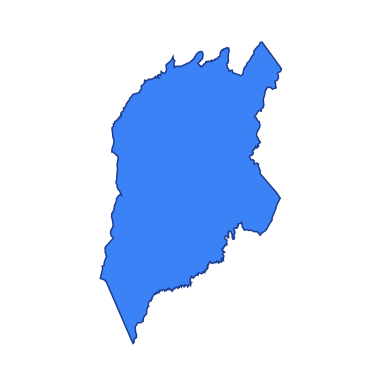 Tano North Municipal, Brong Ahafo, Ghana (Equal Earth projection), rotated 188°
{"feature_id": "2480657B68079094729511", "entity_name": "Tano North Municipal", "entity_type": "district", "adm_level": 2, "iso_a3": "GHA", "parent_name": "Ghana", "parent_adm1": "Brong Ahafo", "projection": "equal_earth", "projection_center": [-2.195, 7.195], "detail": "fine", "context": "isolated", "style": "filled", "palette": "blue", "viewbox_px": 384, "rotation_deg": 188, "n_neighbors": 0, "source": "geoboundaries", "source_scale": "gbopen_adm2", "svg_char_len": 6077}
<svg xmlns="http://www.w3.org/2000/svg" viewBox="0 0 384 384"><g transform="rotate(188 192 192)"><path d="M270.8,93.7L266.4,92.7L264.2,90.8L229.4,33.8L228.4,35.0L228.9,37.9L226.7,40.4L227.1,40.9L226.9,42.1L227.5,44.0L228.3,45.0L229.5,50.9L228.4,52.4L227.5,55.2L225.0,55.2L222.4,57.2L222.6,60.7L220.9,64.1L220.1,64.7L220.4,70.6L218.9,72.9L219.7,74.0L219.6,76.7L218.8,77.9L217.3,78.5L217.6,79.2L217.0,80.0L217.1,80.7L216.7,80.8L216.8,82.0L214.6,86.5L214.1,86.0L213.6,86.8L213.6,86.2L212.4,87.2L211.9,87.0L211.2,89.3L210.5,89.6L210.3,89.0L210.0,90.1L209.4,89.8L208.3,90.4L208.5,91.0L208.0,90.5L207.9,91.2L206.1,91.3L205.5,90.5L205.1,90.8L205.1,90.3L203.8,91.4L203.5,91.1L203.1,92.3L202.6,92.2L202.9,92.5L201.9,93.4L200.8,92.8L200.3,93.2L199.1,91.7L198.1,91.5L198.2,92.1L197.6,92.2L197.5,91.6L196.4,93.7L195.4,94.0L195.6,94.6L195.0,95.2L193.4,95.7L193.4,95.1L192.7,94.7L192.6,95.8L191.8,95.4L191.3,95.8L191.4,96.5L190.8,96.5L190.3,97.6L189.5,96.8L189.6,97.5L189.3,97.8L189.0,97.3L188.5,98.1L187.0,97.8L186.8,98.2L186.6,97.4L186.2,97.9L186.5,98.2L185.8,98.5L185.9,97.8L184.9,98.9L183.0,98.4L182.9,97.7L182.4,98.4L182.4,99.4L181.3,100.2L180.5,99.4L180.6,100.1L180.2,100.7L181.2,102.4L180.5,102.6L181.5,103.0L181.3,104.5L181.7,105.5L180.9,106.7L180.9,108.3L178.8,106.9L176.6,110.2L175.4,110.4L175.1,111.3L174.4,110.8L174.3,112.6L173.9,113.0L171.1,112.4L169.8,113.6L169.9,114.3L169.1,114.2L169.3,114.6L168.2,115.6L168.0,115.2L167.9,116.3L167.5,116.1L166.7,117.8L166.3,117.8L166.3,118.2L166.8,118.1L166.6,118.6L165.8,118.9L165.8,120.1L166.4,120.1L166.3,120.9L166.6,120.9L166.2,122.2L165.5,122.4L165.0,125.1L164.5,125.5L163.9,124.6L163.4,125.0L162.6,124.3L161.3,124.2L160.7,125.2L158.5,125.3L158.0,127.0L157.4,127.1L156.3,125.8L155.8,126.5L155.4,125.7L154.7,126.9L153.5,126.8L153.8,127.6L152.7,127.9L153.3,128.6L152.7,128.3L153.0,129.0L152.5,128.7L152.0,129.8L151.5,129.3L151.8,131.0L152.3,130.9L151.5,131.7L151.8,133.7L152.9,134.0L153.1,134.7L152.5,136.3L151.3,136.9L152.3,137.7L152.6,137.4L153.1,138.2L154.1,138.3L154.6,139.5L153.1,140.4L153.1,141.9L152.0,142.5L152.1,144.1L150.1,144.5L150.6,145.4L150.3,145.8L150.9,146.3L150.6,149.0L153.1,150.6L153.5,152.0L152.4,153.4L151.0,153.1L150.5,151.7L149.3,151.9L150.4,155.7L149.8,156.2L150.7,157.3L148.7,158.6L147.9,158.1L147.0,156.4L146.3,156.3L146.2,153.8L145.3,151.2L144.0,150.9L143.5,153.0L144.7,154.6L143.9,156.4L143.9,158.0L144.5,160.0L145.2,160.2L145.7,161.3L145.0,162.5L142.5,162.3L142.0,163.3L142.5,164.0L141.5,164.9L141.9,166.9L140.2,167.3L138.5,168.8L137.1,164.0L135.5,162.7L135.0,161.5L132.3,162.5L130.5,161.8L128.0,162.4L125.2,161.4L121.8,161.7L118.5,158.7L117.0,161.4L114.4,163.4L112.6,165.9L111.8,168.9L108.8,175.5L109.1,177.6L106.7,187.1L106.3,191.0L103.8,198.2L108.4,203.3L127.0,219.6L127.5,222.7L130.3,227.6L130.0,228.9L132.0,229.7L134.2,228.4L134.6,229.5L134.5,230.8L135.0,231.6L136.1,232.4L137.9,232.0L140.0,234.6L139.6,235.9L138.1,236.6L136.7,238.2L136.9,239.4L137.7,239.8L137.3,240.4L137.7,241.9L136.1,243.0L136.1,244.3L135.6,245.2L135.3,245.0L135.2,246.2L133.6,245.4L133.6,245.0L132.8,245.8L132.5,246.9L133.2,246.9L132.8,247.5L133.5,248.4L131.2,250.6L132.5,252.3L133.5,252.5L133.6,253.9L135.9,256.6L136.2,259.7L134.0,265.5L134.1,268.2L135.4,271.2L136.1,271.1L137.6,272.4L138.7,274.4L140.0,274.4L140.5,276.0L139.7,276.6L137.3,282.0L134.7,281.8L134.8,284.3L133.3,285.5L132.9,287.6L134.3,293.6L133.5,299.4L133.6,302.4L132.8,303.6L132.8,304.4L131.3,306.5L128.7,306.3L126.4,305.0L124.0,306.7L123.4,306.5L123.3,307.7L124.1,308.9L124.2,310.5L125.4,313.3L123.4,314.2L122.3,316.7L122.6,319.3L123.9,321.1L123.1,322.5L121.8,323.1L120.9,324.2L120.5,326.4L143.5,350.2L145.1,349.8L146.2,346.0L147.4,345.1L150.3,340.3L150.0,337.5L152.1,333.7L153.2,330.0L154.7,328.4L155.7,326.1L155.7,325.0L157.6,322.0L158.1,316.4L158.4,315.3L159.7,314.2L160.5,313.8L161.8,314.6L167.5,315.6L168.5,316.3L169.0,318.2L172.3,317.0L172.5,318.3L174.7,320.7L174.7,321.7L175.6,324.1L174.3,325.0L174.1,327.1L174.6,328.1L175.2,334.3L174.8,337.2L175.9,339.8L177.4,339.2L178.2,339.7L178.9,338.2L180.3,338.3L180.8,337.3L181.6,337.2L181.6,336.3L182.3,336.4L183.3,334.3L183.3,330.2L184.8,329.2L184.8,328.5L185.7,327.7L187.1,326.9L187.1,326.4L187.6,326.8L188.5,325.2L189.9,325.2L190.2,324.6L190.5,324.9L190.6,324.0L191.5,324.7L192.9,323.5L194.1,323.8L194.6,323.0L195.6,323.4L195.9,322.6L196.4,322.7L196.8,321.0L198.1,320.3L199.2,317.9L199.6,318.1L200.3,317.1L201.2,317.3L201.2,318.0L204.1,320.0L200.1,325.7L200.2,329.8L200.8,331.3L202.0,332.5L204.4,331.8L206.6,329.4L208.6,324.7L210.4,322.0L211.7,321.2L212.1,319.8L214.1,319.0L220.9,314.5L221.6,314.8L225.5,314.2L226.9,312.9L227.8,317.4L227.3,318.8L227.4,319.8L229.0,321.0L229.6,323.4L231.0,319.2L235.3,314.4L235.3,313.2L234.2,310.1L234.4,308.3L235.3,305.9L237.2,305.8L239.3,307.0L239.0,304.9L240.0,303.4L239.6,303.1L240.9,303.0L241.1,303.6L242.2,302.7L241.9,301.1L240.9,300.4L243.5,300.2L243.9,301.5L246.9,298.3L248.7,298.1L249.4,297.3L250.8,297.6L251.0,296.8L252.8,296.1L253.5,294.8L254.4,295.9L254.6,295.0L254.1,294.3L254.2,293.3L255.9,290.8L256.8,290.3L257.0,289.1L256.3,287.3L257.9,284.6L257.9,283.2L264.1,280.4L265.4,277.7L266.5,276.7L267.3,273.1L267.9,273.0L268.5,271.2L268.9,271.1L269.4,269.7L269.2,268.8L270.2,266.6L271.4,265.7L270.9,265.4L271.5,262.2L272.8,261.3L273.4,259.9L273.3,258.7L272.6,258.6L272.3,257.7L273.6,257.1L273.3,256.2L274.6,256.0L274.8,254.4L275.7,253.9L275.4,253.1L276.7,252.6L277.3,251.3L278.3,251.0L278.3,249.5L279.4,248.4L278.9,247.3L279.0,245.9L280.2,244.3L277.8,235.0L276.3,232.0L276.4,227.2L277.2,224.1L277.0,220.5L275.5,220.4L273.6,219.2L270.5,216.9L269.8,216.0L270.0,208.4L269.0,204.9L268.6,196.2L268.2,194.9L268.6,191.5L268.3,190.0L266.8,187.9L266.8,186.1L263.5,182.4L261.4,178.9L262.8,179.3L263.4,178.9L264.8,177.1L265.8,174.8L265.7,171.6L266.8,168.2L266.9,163.2L268.4,159.2L268.2,156.3L266.2,151.4L265.5,148.0L265.6,145.8L266.7,143.8L267.1,140.7L265.8,137.1L263.9,136.1L263.6,135.1L269.9,125.9L270.4,124.1L269.8,123.4L269.7,120.7L267.7,116.4L269.2,109.8L268.8,107.4L270.7,105.9L269.9,104.2L269.9,102.9L270.8,93.7Z" fill="#3b82f6" stroke="#1e3a8a" stroke-width="1.5"/></g></svg>